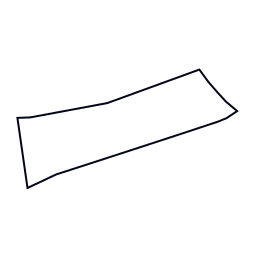 Rafah, Shamal Sina', Egypt (Equal Earth projection), rotated 87°
{"feature_id": "37247803B35204215208430", "entity_name": "Rafah", "entity_type": "district", "adm_level": 2, "iso_a3": "EGY", "parent_name": "Egypt", "parent_adm1": "Shamal Sina'", "projection": "equal_earth", "projection_center": [34.237, 31.05], "detail": "fine", "context": "isolated", "style": "outline", "palette": "ink", "viewbox_px": 256, "rotation_deg": 87, "n_neighbors": 0, "source": "geoboundaries", "source_scale": "gbopen_adm2", "svg_char_len": 344}
<svg xmlns="http://www.w3.org/2000/svg" viewBox="0 0 256 256"><g transform="rotate(87 128 128)"><path d="M182.6,231.5L170.6,202.1L156.2,148.1L137.7,79.3L126.3,37.6L123.3,29.1L116.8,18.1L106.7,28.9L96.1,37.6L86.2,45.3L73.4,53.7L73.8,55.1L102.0,147.3L112.3,225.0L112.1,237.9L182.6,231.5Z" fill="none" stroke="#020617" stroke-width="2"/></g></svg>